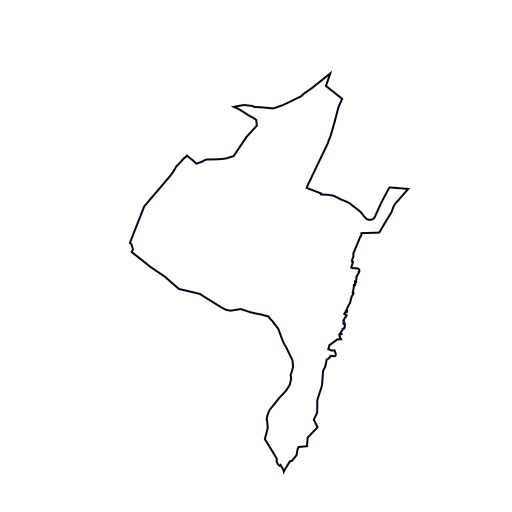 outline of Chanal, Chiapas, Mexico, rotated 108°
{"feature_id": "50627088B97747696398754", "entity_name": "Chanal", "entity_type": "district", "adm_level": 2, "iso_a3": "MEX", "parent_name": "Mexico", "parent_adm1": "Chiapas", "projection": "albers", "projection_center": [-92.197, 16.605], "detail": "fine", "context": "isolated", "style": "outline", "palette": "ink", "viewbox_px": 512, "rotation_deg": 108, "n_neighbors": 0, "source": "geoboundaries", "source_scale": "gbopen_adm2", "svg_char_len": 5011}
<svg xmlns="http://www.w3.org/2000/svg" viewBox="0 0 512 512"><g transform="rotate(108 256 256)"><path d="M86.9,260.7L90.2,262.5L103.6,276.4L109.3,283.7L110.4,285.7L112.2,293.4L112.8,296.3L113.1,297.7L114.8,303.5L114.4,305.6L116.1,314.1L117.2,316.2L121.0,323.1L121.7,317.3L124.6,306.2L125.2,302.7L125.2,302.0L126.5,297.8L131.8,295.5L145.6,301.8L167.8,308.1L171.8,313.6L173.0,315.7L174.4,318.7L176.1,323.0L178.5,329.8L179.3,332.4L179.7,333.1L181.3,335.0L183.1,336.6L186.6,341.2L184.5,345.8L181.9,352.8L183.7,353.5L185.3,354.7L192.6,358.0L193.5,358.5L195.4,359.5L200.2,360.4L203.3,361.3L204.5,361.7L205.5,362.0L233.1,373.4L243.3,377.6L282.4,380.0L283.5,377.9L287.8,375.0L290.6,375.5L290.7,375.4L297.7,356.3L298.9,353.4L303.7,336.7L311.2,319.1L310.6,312.8L309.4,297.6L310.9,292.1L315.6,272.9L316.4,268.1L316.3,266.1L315.8,263.1L312.1,255.9L311.3,254.4L311.2,253.9L311.2,246.4L311.2,245.0L311.2,243.8L310.8,238.9L310.1,233.7L309.7,226.7L309.6,225.6L311.9,222.3L312.6,220.7L318.4,212.3L328.4,204.4L329.6,203.3L330.6,202.3L334.2,198.4L337.8,195.0L338.4,194.4L338.9,193.9L343.8,189.2L349.4,186.6L350.5,186.5L355.4,186.2L358.4,186.3L361.9,184.6L368.1,184.1L374.9,185.8L383.9,190.1L387.2,191.3L391.1,192.8L398.4,195.6L404.3,195.9L407.6,195.5L410.4,194.0L415.9,191.7L427.4,191.0L437.0,179.7L437.9,178.7L440.8,175.4L442.3,173.7L443.3,173.3L444.2,173.2L444.9,172.8L445.7,172.3L446.8,171.3L447.9,169.7L448.3,168.7L447.8,168.3L447.2,168.0L447.8,167.4L451.2,163.6L451.7,163.3L451.9,163.2L452.0,163.2L452.6,162.9L452.0,162.8L451.9,162.8L451.2,162.8L450.5,162.7L449.4,162.4L448.4,162.1L440.7,160.3L439.8,158.6L433.1,155.9L427.3,156.7L425.4,156.6L424.6,156.6L421.1,148.7L413.8,150.5L412.6,150.7L399.8,144.5L393.8,150.5L386.3,149.4L376.7,152.3L375.3,153.0L373.2,153.2L358.9,153.2L344.4,156.7L339.9,155.9L337.7,156.2L337.4,156.2L334.5,156.5L334.1,156.6L333.2,156.7L332.7,156.8L332.6,156.7L331.3,155.5L329.8,154.5L329.5,154.5L329.4,154.5L329.1,154.3L328.8,154.3L328.6,154.3L328.4,154.3L328.1,154.2L327.7,153.7L327.6,153.0L327.5,152.0L326.8,149.9L326.5,149.7L326.3,149.6L326.0,149.6L325.8,149.6L325.6,149.6L325.2,149.7L325.0,149.8L324.8,149.9L324.5,150.0L324.4,150.1L324.1,150.3L323.8,150.4L323.5,150.5L323.2,150.7L322.9,151.0L322.7,151.1L322.6,151.4L322.3,151.7L322.0,151.8L321.9,151.9L321.6,152.0L321.4,152.3L321.6,152.6L321.8,152.8L321.9,153.2L322.2,154.0L322.5,154.6L322.5,155.0L322.5,155.4L322.5,155.6L322.4,155.9L322.3,156.1L322.3,156.4L322.4,156.7L322.2,157.9L322.2,158.1L322.2,158.4L318.1,158.6L310.1,152.8L308.9,149.4L306.4,151.9L305.2,152.1L304.4,151.2L304.3,152.1L303.5,151.4L303.4,152.0L302.4,151.8L302.0,151.6L301.5,151.5L299.6,150.9L298.6,151.1L297.8,150.3L297.8,149.9L296.9,149.6L296.5,149.5L295.6,149.9L294.5,150.0L293.6,150.3L293.6,151.3L292.8,151.2L292.8,152.2L291.8,152.1L290.8,152.1L290.4,153.1L289.4,152.8L288.5,152.6L287.6,152.4L286.6,152.0L285.7,151.6L284.8,151.4L284.7,151.4L284.4,152.3L284.3,152.2L284.0,152.2L283.9,153.2L283.7,154.2L282.6,153.9L281.7,153.6L280.7,153.4L281.0,152.3L280.0,152.4L280.0,153.4L278.8,153.2L277.7,153.2L277.1,153.1L276.8,153.1L275.8,152.9L274.9,152.7L273.9,152.6L272.9,152.4L271.9,152.2L270.9,152.1L269.9,152.2L269.4,152.2L268.9,152.3L268.1,152.3L266.9,152.4L265.9,152.4L264.9,152.6L264.0,152.2L263.0,152.0L262.0,151.9L261.1,151.8L260.9,152.8L260.0,152.8L259.1,152.8L257.2,153.1L256.2,153.3L255.2,153.5L254.3,153.7L253.4,153.9L253.4,152.9L252.4,152.8L251.6,153.3L251.1,153.4L250.6,153.6L249.7,153.9L249.7,152.9L248.9,153.2L247.9,153.3L245.9,153.6L245.1,154.1L244.2,153.8L243.3,153.7L242.3,153.7L241.4,153.3L240.5,153.1L239.7,153.4L239.6,153.1L239.1,153.1L237.8,153.1L237.1,153.7L236.6,154.7L236.4,155.6L236.6,156.4L236.9,157.5L237.3,158.9L237.6,160.1L237.6,161.2L237.5,161.8L231.6,162.0L231.4,163.1L230.1,163.3L228.8,163.4L227.4,163.3L226.3,163.3L225.2,163.6L223.5,164.2L222.5,164.1L206.1,162.8L204.0,162.2L201.7,162.8L195.7,146.1L195.2,145.9L184.7,143.6L172.6,140.7L165.6,140.4L161.6,139.1L159.6,138.1L145.2,132.0L149.5,150.1L151.2,150.6L158.0,151.8L160.8,152.3L167.7,153.5L176.1,154.4L180.7,154.9L183.1,155.2L184.7,156.2L185.5,157.1L186.5,158.9L186.7,161.7L186.7,161.8L186.7,162.2L185.9,163.7L184.2,166.5L183.9,167.0L183.1,168.2L181.7,170.3L181.4,171.2L180.6,172.9L180.6,173.1L180.3,173.9L180.1,174.6L179.9,175.2L179.5,176.3L179.0,177.7L178.3,179.6L178.0,180.5L177.4,181.9L176.9,183.7L176.6,185.2L176.4,186.6L176.1,190.8L176.0,192.2L175.9,193.2L175.9,193.5L175.9,193.8L175.8,194.0L175.7,194.2L175.7,194.4L175.6,194.6L175.6,194.8L175.6,195.0L175.5,195.3L175.4,195.9L175.3,196.4L175.2,197.7L174.9,199.3L174.7,201.0L175.6,206.6L176.8,211.1L177.4,213.4L176.4,213.5L175.9,222.7L175.6,228.9L171.1,228.6L170.1,228.3L165.9,227.7L162.1,227.3L144.3,224.9L132.3,223.3L125.6,222.4L125.3,222.5L124.9,222.5L124.5,222.6L124.1,222.7L123.7,222.6L120.4,222.2L117.3,222.2L112.6,222.4L105.3,222.6L97.1,223.1L88.6,223.6L80.0,222.6L79.5,223.6L76.7,231.2L76.1,232.8L74.7,236.6L72.7,242.0L59.4,241.8L79.3,254.9L79.7,255.2L79.8,255.3L86.9,260.7Z" fill="none" stroke="#020617" stroke-width="2"/></g></svg>